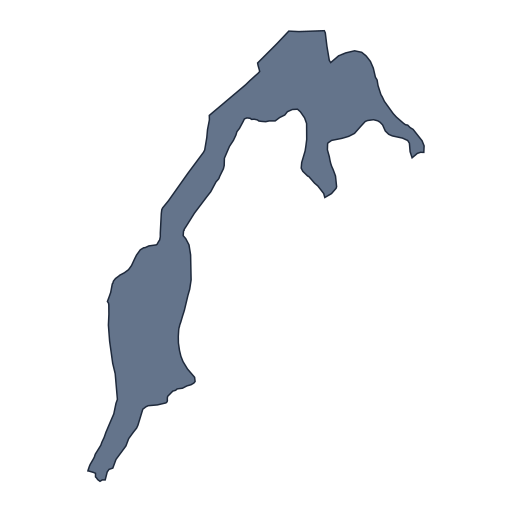 Nahualá, Sololá, Guatemala
{"feature_id": "79465075B99753253329912", "entity_name": "Nahualá", "entity_type": "district", "adm_level": 2, "iso_a3": "GTM", "parent_name": "Guatemala", "parent_adm1": "Sololá", "projection": "equal_earth", "projection_center": [-91.386, 14.735], "detail": "fine", "context": "isolated", "style": "filled", "palette": "slate", "viewbox_px": 512, "rotation_deg": 0, "n_neighbors": 0, "source": "geoboundaries", "source_scale": "gbopen_adm2", "svg_char_len": 3087}
<svg xmlns="http://www.w3.org/2000/svg" viewBox="0 0 512 512"><path d="M162.7,207.8L161.8,209.6L161.3,213.4L160.3,232.9L160.3,236.8L159.6,240.1L158.9,241.0L157.0,244.4L156.1,244.9L148.9,245.9L145.2,247.6L143.6,247.8L140.3,249.8L136.5,255.1L134.8,258.5L131.5,265.6L128.5,269.7L124.3,272.8L119.6,275.3L118.9,276.0L115.5,278.5L113.4,281.2L112.9,283.1L112.3,283.9L110.7,292.4L109.2,296.7L107.4,301.5L108.5,303.1L108.8,304.8L108.9,314.3L108.4,325.1L109.6,341.0L112.7,363.3L115.2,373.7L117.4,399.4L116.0,403.3L113.8,413.9L110.1,422.5L107.8,427.9L106.8,430.3L106.0,432.1L104.2,437.3L101.9,442.2L100.8,445.3L95.4,454.0L95.0,455.0L94.7,456.0L94.4,457.0L93.0,459.6L90.2,464.4L89.9,465.1L89.4,466.3L88.2,469.8L87.9,470.9L89.0,471.1L93.4,472.4L95.5,473.3L95.5,476.9L96.5,477.9L97.7,479.6L100.0,481.3L102.3,479.9L105.2,479.9L107.2,472.0L109.0,469.4L112.8,468.1L116.0,459.4L125.9,446.0L128.7,438.6L133.2,432.4L136.6,428.1L137.9,425.3L142.8,409.2L145.9,406.8L148.2,405.7L157.4,404.9L165.9,402.9L166.4,402.5L167.1,401.7L167.4,400.5L167.3,399.2L167.4,397.5L167.7,396.3L172.8,391.1L175.6,390.3L177.2,388.9L182.5,388.2L186.9,385.9L191.1,384.7L193.9,383.0L195.1,381.5L194.6,377.3L187.5,369.0L183.0,361.6L180.9,356.3L179.5,350.5L178.4,342.9L178.3,336.4L178.7,329.8L179.0,327.9L179.5,326.3L179.7,325.1L180.8,322.0L182.6,315.9L183.2,314.0L183.6,312.8L184.4,310.2L187.9,295.5L189.7,289.2L191.1,279.9L190.6,254.9L189.0,244.9L185.7,238.6L183.2,235.7L183.5,231.0L184.1,230.4L184.1,229.5L187.0,225.0L194.4,213.2L207.0,196.5L210.7,191.8L212.9,187.7L216.0,181.9L218.8,178.7L219.8,176.1L223.4,168.8L224.2,165.5L224.4,158.2L229.5,146.3L233.4,140.4L235.9,135.1L236.9,131.7L239.4,128.5L243.2,121.4L244.4,118.9L246.9,117.9L250.2,118.3L251.5,119.4L254.2,119.2L257.4,119.9L258.8,121.0L261.7,121.4L265.7,121.7L269.3,120.9L275.2,120.9L279.7,117.5L284.8,115.0L287.4,111.7L292.3,109.5L297.5,109.2L300.4,111.8L304.6,117.9L306.6,123.5L306.7,139.5L305.9,145.9L305.1,151.0L301.7,162.5L301.2,168.1L302.8,171.3L307.7,176.1L308.7,176.4L314.6,183.2L317.8,185.9L323.7,193.5L324.8,197.5L331.5,193.6L336.1,188.3L336.6,186.7L335.5,176.0L333.7,171.1L333.0,169.3L331.6,166.2L330.7,163.4L330.0,160.5L329.3,156.6L327.4,149.8L327.5,146.9L327.6,143.8L328.0,142.9L331.6,140.4L341.7,138.4L345.2,137.4L348.8,136.3L354.5,133.4L360.6,126.5L365.2,121.5L367.6,120.5L373.5,119.7L377.7,120.8L380.0,122.2L382.6,124.9L385.3,131.0L388.7,134.3L392.3,135.9L402.5,138.1L407.7,140.5L409.4,143.2L410.1,151.7L412.1,157.8L417.3,153.4L420.5,152.3L423.8,152.4L424.1,145.9L422.1,140.8L413.1,129.4L410.0,127.5L407.7,125.1L405.4,124.7L403.4,123.2L396.4,117.1L393.2,113.6L384.4,101.4L382.2,96.8L380.9,94.6L378.0,85.5L377.1,80.0L375.4,77.2L373.3,68.1L370.4,61.4L366.2,56.0L361.7,52.3L354.6,50.8L345.7,52.9L338.6,55.8L330.7,62.6L329.3,60.4L326.9,46.1L325.3,32.9L324.3,30.7L298.9,31.6L288.8,31.1L276.5,44.1L261.7,58.9L257.6,63.0L258.1,65.6L259.3,69.8L259.7,71.5L258.0,73.4L255.2,75.8L249.7,80.8L245.7,84.7L209.3,115.4L209.4,119.9L207.5,129.7L206.8,137.5L204.7,150.0L203.5,152.3L187.8,173.4L168.5,200.7L162.7,207.8Z" fill="#64748b" stroke="#1e293b" stroke-width="1.5"/></svg>